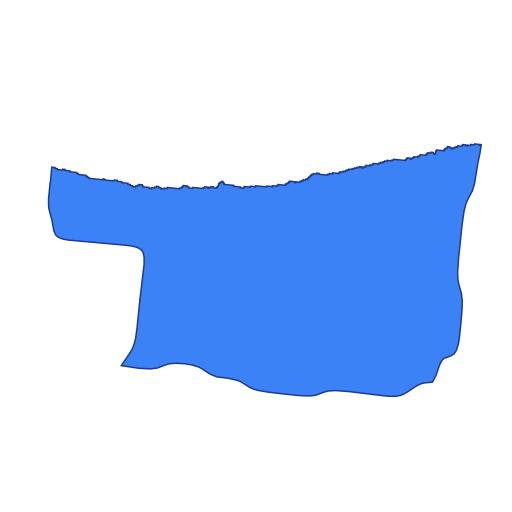 the district of Guayacanes, San Pedro de Macorís, Dominican Republic, rotated 186°
{"feature_id": "3306468B17793693444976", "entity_name": "Guayacanes", "entity_type": "district", "adm_level": 2, "iso_a3": "DOM", "parent_name": "Dominican Republic", "parent_adm1": "San Pedro de Macorís", "projection": "robinson", "projection_center": [-69.45, 18.445], "detail": "fine", "context": "isolated", "style": "filled", "palette": "blue", "viewbox_px": 512, "rotation_deg": 186, "n_neighbors": 0, "source": "geoboundaries", "source_scale": "gbopen_adm2", "svg_char_len": 4844}
<svg xmlns="http://www.w3.org/2000/svg" viewBox="0 0 512 512"><g transform="rotate(186 256 256)"><path d="M67.3,149.0L64.5,156.2L61.9,167.4L60.4,171.2L59.3,172.8L57.9,174.0L51.7,177.1L48.8,179.4L46.8,183.1L45.5,190.0L45.2,197.7L45.2,211.0L45.5,224.5L46.1,232.4L47.7,239.9L51.2,248.7L52.7,253.3L53.8,260.9L54.3,274.1L54.3,309.0L53.8,322.2L52.7,329.8L51.3,334.5L47.7,343.2L46.3,350.1L45.0,372.2L44.1,380.7L43.6,390.3L44.7,390.3L44.7,389.4L45.5,389.4L45.5,390.3L46.7,390.3L50.2,390.3L50.2,389.8L50.2,389.4L53.6,389.4L54.1,389.4L54.1,388.4L57.3,388.4L57.3,387.5L58.9,387.5L58.9,388.4L60.6,388.4L62.1,388.4L62.1,387.5L62.8,387.5L62.8,386.6L66.8,386.6L66.8,385.7L68.4,385.7L68.4,384.8L70.0,384.8L70.0,383.9L71.5,383.9L71.5,383.0L72.3,383.0L72.3,383.9L74.7,383.9L74.7,384.8L77.1,384.8L77.1,383.0L78.7,383.0L78.7,382.1L79.5,382.1L79.5,381.2L80.2,381.2L80.2,380.3L87.4,380.3L87.4,379.4L88.1,379.4L88.1,375.7L88.9,375.7L88.9,376.6L90.5,376.6L90.5,377.5L92.9,377.5L92.9,376.6L96.0,376.6L96.0,375.7L96.8,375.7L96.8,374.8L97.6,374.8L97.6,373.9L103.2,373.9L103.2,373.0L103.9,373.0L103.9,372.1L105.5,372.1L105.5,371.2L109.5,371.2L109.5,370.3L110.3,370.1L110.3,369.4L111.8,369.4L111.8,368.5L112.6,368.5L112.6,369.4L115.8,369.4L115.8,368.5L116.6,368.5L116.6,367.5L117.4,367.5L117.4,366.6L124.4,366.6L129.2,366.6L129.2,365.7L130.8,365.7L130.8,364.8L135.6,364.8L135.6,363.9L137.9,363.9L137.9,363.0L139.5,363.0L139.5,362.1L141.9,362.1L141.9,361.7L141.9,361.2L143.5,361.2L143.5,360.3L149.0,360.3L149.0,359.4L149.8,359.4L149.8,358.5L152.2,358.5L152.2,357.6L156.1,357.6L156.1,356.6L156.9,356.6L156.9,355.7L158.5,355.7L158.5,354.8L160.1,354.8L160.1,355.7L162.4,355.7L162.4,354.8L164.8,354.8L164.8,353.9L167.2,353.9L167.2,353.0L169.5,353.0L169.5,352.1L172.7,352.1L172.7,351.2L174.3,351.2L174.3,350.3L175.9,350.3L175.9,349.4L178.3,349.4L178.3,348.5L181.4,348.5L181.4,347.6L182.2,347.6L182.2,346.7L188.5,346.7L188.5,345.7L191.7,345.7L191.7,344.8L193.3,344.8L193.3,343.9L202.0,343.9L202.0,344.8L204.3,344.8L204.3,343.9L207.5,343.9L207.5,343.0L209.1,343.0L209.1,342.1L209.9,342.1L209.9,341.2L210.6,341.2L210.6,340.3L211.4,340.3L211.4,339.4L212.2,339.4L212.2,338.5L213.0,338.5L213.0,337.6L214.6,337.6L214.6,336.7L217.0,336.7L217.0,335.7L218.5,335.7L218.5,334.8L220.1,334.8L220.1,333.9L224.1,333.9L224.1,333.0L224.9,333.0L224.9,333.9L230.4,333.9L230.4,333.0L231.2,333.0L231.2,332.1L232.0,332.1L232.0,331.2L233.6,331.2L233.6,330.3L234.4,330.3L234.4,329.4L241.5,329.4L241.5,328.5L242.3,328.5L242.3,327.6L247.0,327.6L247.0,326.7L252.5,326.7L252.5,325.8L263.6,325.8L263.6,324.8L269.1,324.8L269.1,323.9L274.7,323.9L274.7,323.0L275.5,323.0L275.5,322.1L278.6,322.1L278.6,323.0L285.7,323.0L285.7,323.9L295.2,323.9L295.2,324.8L296.0,324.8L296.0,325.8L296.8,325.8L296.8,326.7L297.6,326.7L297.6,325.8L299.2,325.8L299.2,324.8L300.0,324.8L300.0,323.9L300.8,323.9L300.8,321.2L301.5,321.2L301.5,320.3L302.3,320.3L302.3,319.4L305.5,319.4L305.5,320.3L307.9,320.3L307.9,319.4L309.5,319.4L309.5,318.5L311.0,318.5L311.0,319.4L314.2,319.4L314.2,318.5L315.8,318.5L315.8,317.6L326.0,317.6L326.0,316.7L330.0,316.7L330.0,317.6L331.6,317.6L331.6,318.5L335.5,318.5L335.5,317.6L336.3,317.6L336.3,316.7L337.1,316.7L337.1,315.8L338.7,315.8L338.7,314.9L351.3,314.9L351.3,313.9L354.5,313.9L354.5,313.0L357.7,313.0L357.7,313.9L360.0,313.9L360.0,314.9L362.4,314.9L362.4,313.9L364.0,313.9L364.0,313.0L367.1,313.0L367.1,312.1L369.5,312.1L369.5,313.0L375.8,313.0L375.8,313.9L376.6,313.9L376.6,314.9L379.8,314.9L379.8,313.9L381.4,313.9L381.4,313.0L383.0,313.0L383.0,312.1L386.1,312.1L386.1,313.0L388.5,313.0L388.5,313.9L390.9,313.9L390.9,314.9L397.2,314.9L397.2,315.8L401.9,315.8L401.9,316.7L405.1,316.7L405.1,315.8L414.6,315.8L414.6,316.3L414.6,316.7L416.2,316.7L416.2,316.2L416.2,315.8L420.5,315.8L430.4,315.8L430.4,316.1L430.4,316.7L432.0,316.7L432.0,317.6L433.5,317.6L433.5,318.5L441.4,318.5L441.4,319.4L443.0,319.4L443.0,320.3L450.1,320.3L450.1,321.2L454.9,321.2L454.9,322.1L457.3,322.1L457.3,321.2L462.8,321.2L462.8,322.1L465.2,322.1L465.2,323.0L468.4,323.0L468.2,306.8L468.4,306.8L468.3,291.1L467.8,286.1L466.9,281.2L462.7,270.3L459.6,259.7L457.4,256.0L455.6,254.7L453.7,253.7L449.6,252.6L442.9,252.2L386.7,253.1L379.8,252.9L375.5,252.2L373.5,251.6L371.6,250.6L369.8,249.2L368.5,247.3L367.1,243.0L366.4,235.9L366.9,201.5L366.8,172.1L367.1,161.6L367.8,156.5L369.0,151.5L370.9,147.1L378.5,132.9L360.6,132.1L348.9,132.7L342.4,134.3L334.1,138.5L330.4,139.9L324.0,141.0L315.2,141.4L308.5,141.0L302.1,139.8L298.3,138.4L290.0,134.0L282.5,131.7L271.0,131.5L262.1,130.5L257.9,129.3L247.8,124.4L243.6,123.2L239.1,122.5L230.0,121.9L213.6,121.7L199.6,121.7L190.5,122.2L186.0,122.8L181.8,123.9L173.8,127.9L169.6,129.4L162.8,130.5L148.7,130.9L113.1,130.3L106.1,130.6L101.5,131.3L97.2,132.7L95.2,133.8L91.4,136.5L82.4,143.9L78.5,146.2L74.7,147.5L67.3,149.0Z" fill="#3b82f6" stroke="#1e3a8a" stroke-width="1.5"/></g></svg>